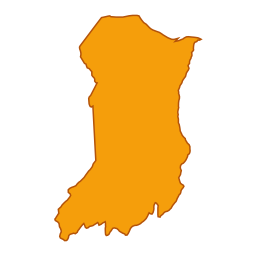 Sobradinho, Bahia, Brazil (Albers equal-area conic projection)
{"feature_id": "56859067B88292675252612", "entity_name": "Sobradinho", "entity_type": "district", "adm_level": 2, "iso_a3": "BRA", "parent_name": "Brazil", "parent_adm1": "Bahia", "projection": "albers", "projection_center": [-40.874, -9.66], "detail": "fine", "context": "isolated", "style": "filled", "palette": "amber", "viewbox_px": 256, "rotation_deg": 0, "n_neighbors": 0, "source": "geoboundaries", "source_scale": "gbopen_adm2", "svg_char_len": 3994}
<svg xmlns="http://www.w3.org/2000/svg" viewBox="0 0 256 256"><path d="M178.1,38.3L176.0,38.9L174.0,39.4L171.7,39.3L169.2,38.3L167.6,37.6L163.1,34.9L161.9,34.0L159.4,32.4L156.0,31.2L152.9,30.0L151.1,29.0L149.5,27.7L147.5,25.6L146.3,24.3L144.9,23.4L143.6,22.5L141.6,20.0L140.1,17.8L139.0,15.9L137.0,15.4L135.5,15.4L132.9,15.4L129.2,15.8L125.8,16.5L122.8,17.1L120.1,17.1L116.4,17.1L115.0,17.0L110.9,16.7L109.8,15.9L108.3,16.1L104.8,16.9L101.5,17.6L96.6,24.0L80.1,45.9L79.5,47.1L79.7,48.9L80.4,50.8L80.9,53.0L80.9,54.9L80.5,56.8L84.5,63.4L86.0,64.1L86.5,66.0L87.2,67.8L89.3,68.7L90.5,70.2L91.8,71.7L91.8,73.3L91.9,75.3L92.8,76.6L94.0,77.7L94.7,79.1L94.7,81.1L95.8,82.6L97.1,82.9L95.0,87.1L90.7,95.4L89.2,97.0L88.7,98.6L88.8,99.8L89.1,103.8L89.5,105.0L90.2,106.5L91.4,107.0L92.9,106.1L95.2,149.4L95.8,160.5L94.7,162.0L93.4,163.6L92.8,165.1L92.4,166.5L91.0,168.5L89.9,169.9L88.6,171.1L87.4,172.8L85.7,175.1L84.2,177.4L82.6,179.0L80.3,181.3L78.9,182.2L77.3,183.8L75.9,185.7L73.9,186.6L71.6,187.4L69.5,188.5L68.2,189.9L68.3,192.4L70.1,193.8L70.7,195.3L70.0,196.7L67.3,200.2L65.7,201.4L63.8,203.2L62.1,205.0L61.0,206.8L59.7,208.0L58.3,209.3L58.6,211.7L58.8,213.4L58.0,214.3L57.3,215.6L56.6,216.5L55.8,218.0L54.9,219.1L55.3,220.5L57.7,221.9L59.0,223.4L59.3,225.3L59.5,226.8L60.4,228.3L61.1,230.2L61.2,232.1L60.4,233.6L60.1,234.8L59.7,236.4L60.4,238.0L61.9,238.8L63.5,239.5L64.5,240.6L66.2,240.6L67.4,239.8L68.4,237.7L68.8,235.5L70.1,234.3L72.1,233.7L73.6,233.2L75.4,233.7L77.3,232.2L78.0,230.5L78.9,229.5L80.6,227.1L81.8,225.6L82.7,224.5L83.8,223.5L84.7,225.5L85.4,227.4L86.6,228.2L88.2,227.7L89.6,226.4L91.5,226.0L92.9,225.6L94.7,224.4L96.2,223.5L97.7,222.5L98.4,223.6L99.0,225.2L100.9,224.4L102.7,223.0L103.9,222.4L105.2,221.7L105.5,223.2L105.5,225.2L105.6,226.8L105.3,228.0L105.3,230.1L105.4,232.5L105.6,234.5L106.3,235.5L107.7,235.2L109.0,234.2L110.0,232.1L111.3,230.6L111.9,229.5L112.8,228.3L114.3,227.9L117.0,228.6L118.5,230.0L119.4,231.2L121.2,232.3L123.0,233.3L124.7,233.9L125.4,235.1L127.0,235.1L128.2,233.5L129.3,231.2L130.4,228.6L131.3,227.4L132.5,226.3L134.8,225.4L136.6,225.3L138.4,224.7L140.5,223.6L141.9,222.3L143.5,221.2L144.9,219.9L146.1,218.6L147.4,216.4L148.4,214.2L149.1,212.8L150.2,213.7L152.0,214.1L153.0,212.6L153.6,210.6L153.9,208.7L153.8,207.1L154.0,205.2L155.3,202.7L156.5,203.2L157.3,204.4L158.2,205.5L157.9,208.0L157.9,209.6L157.9,211.0L157.9,212.9L157.9,214.7L158.1,216.7L160.1,217.1L160.8,215.7L162.7,214.3L164.1,212.6L165.4,211.7L167.2,211.3L169.0,210.3L170.3,208.9L171.2,208.1L171.8,206.9L172.7,205.4L173.5,204.4L174.9,202.6L176.0,201.5L176.7,199.9L177.2,198.5L178.5,196.1L179.3,194.5L180.3,193.8L180.8,192.2L181.1,190.5L181.8,189.3L182.6,188.4L183.3,187.4L183.9,186.3L183.3,185.2L182.1,184.5L180.6,183.4L179.9,181.8L179.5,180.5L179.2,179.3L178.7,177.8L179.6,176.1L180.5,174.5L180.8,172.6L181.3,170.6L180.5,168.7L180.3,167.3L180.6,165.5L181.7,164.0L183.4,163.1L184.5,161.9L185.6,160.5L186.5,158.8L187.5,156.6L187.8,154.9L189.3,153.7L189.8,152.5L190.1,150.9L189.9,148.7L189.9,146.6L189.1,144.7L188.0,143.7L187.0,142.6L186.5,141.5L185.6,140.3L185.2,138.5L184.2,137.6L183.0,136.3L182.1,135.1L181.6,133.9L180.9,132.5L180.2,130.9L180.0,129.1L179.7,127.1L179.2,124.6L178.4,122.8L178.4,120.6L178.4,119.0L177.8,116.5L178.2,114.5L177.8,112.9L177.8,111.5L178.2,109.5L178.7,107.5L178.4,106.2L178.5,104.9L178.5,103.0L178.8,100.6L179.4,98.6L179.5,96.6L179.0,94.6L178.6,93.5L178.7,92.2L178.3,90.3L178.8,89.2L179.6,87.3L180.0,85.6L180.9,84.4L181.9,82.8L182.4,80.9L183.5,79.2L184.4,77.9L185.5,76.5L186.0,74.5L186.4,73.0L187.0,72.0L187.7,70.9L188.4,69.9L189.0,68.3L188.5,66.9L188.0,65.7L188.7,64.4L189.5,63.5L189.5,61.6L190.0,59.9L190.9,58.5L191.2,57.0L191.9,55.8L191.9,54.1L191.6,52.5L192.8,51.2L193.6,50.0L193.4,48.5L193.5,46.7L193.7,45.1L194.0,43.6L194.9,42.2L196.7,41.6L197.9,40.1L199.6,40.1L201.1,39.3L199.8,38.6L197.9,37.8L194.5,37.3L188.2,36.7L186.3,36.9L184.2,38.0L182.9,39.0L181.0,39.7L179.0,40.6L175.2,41.4L178.1,38.3Z" fill="#f59e0b" stroke="#b45309" stroke-width="1.5"/></svg>